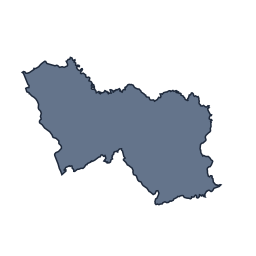 the district of Shwebo, Sagaing, Myanmar, rotated 161°
{"feature_id": "60261553B74508542584232", "entity_name": "Shwebo", "entity_type": "district", "adm_level": 2, "iso_a3": "MMR", "parent_name": "Myanmar", "parent_adm1": "Sagaing", "projection": "natural_earth1", "projection_center": [95.37, 22.738], "detail": "fine", "context": "isolated", "style": "filled", "palette": "slate", "viewbox_px": 256, "rotation_deg": 161, "n_neighbors": 0, "source": "geoboundaries", "source_scale": "gbopen_adm2", "svg_char_len": 5860}
<svg xmlns="http://www.w3.org/2000/svg" viewBox="0 0 256 256"><g transform="rotate(161 128 128)"><path d="M205.7,105.4L200.7,107.5L200.4,108.6L202.0,108.8L201.7,109.5L201.1,109.5L199.8,110.9L195.7,111.3L195.3,110.5L194.3,110.7L193.4,110.3L193.8,108.0L193.1,107.0L193.0,105.8L193.4,104.7L192.5,104.3L189.4,105.4L187.6,105.0L185.7,105.2L183.7,104.5L181.8,105.3L180.2,106.7L179.6,106.9L178.7,106.7L178.0,107.6L174.4,107.9L174.2,108.4L173.2,108.2L173.0,108.6L172.1,108.1L169.9,108.4L165.1,110.0L163.7,109.8L162.3,111.2L161.8,111.2L161.0,110.8L160.2,109.1L159.8,109.0L158.7,109.5L158.6,109.1L158.8,106.5L161.6,104.6L161.2,104.2L160.4,104.4L160.5,104.1L159.8,103.0L159.0,102.9L159.2,102.1L158.5,102.1L158.6,101.6L157.1,101.2L155.7,101.5L154.3,103.6L152.7,103.8L152.7,105.6L151.9,106.4L151.9,107.0L150.0,108.0L149.9,108.7L149.3,109.1L149.3,109.6L148.0,110.0L146.8,109.5L146.0,109.8L145.7,108.7L145.4,108.7L145.3,109.5L143.5,110.7L142.5,110.9L140.9,110.5L141.2,109.8L141.2,109.0L140.7,108.2L141.2,102.5L140.5,100.5L142.5,99.9L142.7,99.1L141.2,96.2L140.6,93.2L139.8,92.7L137.2,88.7L137.0,85.8L137.7,84.9L137.9,82.2L136.1,80.6L135.7,79.8L135.7,75.7L134.9,73.9L133.6,73.1L133.2,72.5L132.9,69.9L132.4,68.6L129.7,64.9L128.7,61.1L127.8,60.3L125.8,56.9L123.8,57.1L121.7,59.3L120.2,59.0L120.0,56.4L120.9,55.0L123.5,52.2L125.0,51.9L126.6,49.4L126.5,48.7L126.9,48.1L126.8,47.4L126.4,46.5L124.9,46.5L123.7,45.4L122.5,45.6L120.3,45.1L119.3,46.0L117.1,46.2L115.7,44.8L114.0,44.5L111.9,45.3L111.1,44.7L108.8,44.9L107.9,45.9L104.3,46.4L103.2,47.1L101.9,46.4L100.7,46.8L98.9,46.6L97.9,46.1L97.4,44.1L95.1,42.5L93.4,41.8L92.0,40.7L91.0,40.9L90.3,42.2L89.7,41.7L88.1,41.3L86.5,42.4L85.8,42.5L85.3,41.3L85.8,40.0L85.2,39.3L84.6,39.1L83.0,39.8L82.1,41.7L81.7,41.5L81.5,40.6L80.9,40.3L80.7,39.8L80.1,39.7L79.6,40.5L78.9,40.3L78.6,39.8L78.6,38.5L77.5,37.8L77.6,38.4L77.0,39.6L77.0,40.3L74.3,42.6L73.6,42.5L72.6,42.9L71.5,42.7L70.2,40.9L69.4,40.8L67.7,41.7L66.4,43.0L60.9,43.0L58.7,44.0L59.3,44.4L60.5,44.3L62.3,44.7L62.4,45.3L63.6,45.8L64.9,49.1L64.2,52.5L64.9,53.6L64.3,54.4L64.3,55.5L65.4,56.0L66.8,55.3L67.7,56.3L67.5,59.7L66.8,61.7L66.6,63.3L65.7,64.4L64.2,65.0L63.0,64.7L61.2,66.0L58.8,68.8L58.8,69.6L59.8,70.8L60.2,72.8L61.3,74.9L63.7,75.7L65.4,77.4L66.4,77.1L67.1,80.8L67.0,81.8L66.6,82.6L66.8,83.1L66.5,83.6L66.7,84.7L64.8,88.8L63.2,89.6L62.0,89.4L58.6,90.8L58.1,91.5L58.0,93.8L57.5,94.9L56.6,95.7L53.2,97.3L52.2,97.5L50.9,98.4L50.3,100.8L49.0,102.4L48.0,106.0L47.5,106.2L47.7,107.5L46.2,107.8L46.3,108.8L47.3,109.1L48.2,110.2L47.9,111.1L46.9,112.5L46.2,112.8L45.2,112.6L44.7,113.2L45.7,113.9L46.0,114.9L46.6,118.9L46.2,120.5L44.9,120.8L45.1,121.0L45.0,121.4L44.1,122.5L45.1,123.0L46.6,122.3L47.3,122.4L48.2,123.1L49.2,124.8L50.7,124.6L52.1,125.4L51.9,126.1L52.7,127.5L52.7,128.8L51.9,130.1L51.7,132.4L51.3,133.0L51.5,134.9L52.4,134.9L53.7,136.4L54.9,136.3L55.3,137.3L55.2,139.0L55.7,140.2L56.6,140.5L58.1,139.0L59.3,139.3L61.2,136.6L61.8,136.5L62.3,135.8L62.4,134.6L63.0,134.7L64.6,136.4L64.7,138.4L65.3,139.0L65.3,140.1L67.2,141.9L66.7,143.1L67.0,143.7L68.5,144.2L68.4,145.6L68.6,145.8L69.9,145.2L70.9,146.0L70.6,146.4L69.6,146.4L69.5,146.8L70.3,147.7L72.7,147.7L73.3,148.9L75.7,148.6L76.0,149.5L76.5,149.7L77.6,149.8L79.5,149.3L79.9,149.6L82.8,149.8L84.5,148.8L85.0,149.3L86.6,149.7L86.5,147.4L87.3,146.3L87.6,146.6L88.6,146.5L89.0,147.0L91.0,145.4L94.2,144.7L94.6,146.2L97.3,146.9L97.9,147.5L98.2,148.5L98.1,150.1L100.4,151.4L100.6,151.8L100.6,153.3L101.5,154.2L101.7,155.0L103.7,157.5L103.8,158.9L104.9,161.3L106.0,161.6L108.1,163.5L108.9,165.0L109.1,166.7L110.9,168.2L111.7,168.2L112.7,168.9L114.1,168.9L116.3,167.4L117.0,167.2L117.2,167.5L117.7,167.3L117.9,165.5L118.4,165.1L119.0,165.8L120.3,165.6L121.9,163.8L122.4,164.3L122.6,165.1L123.0,165.1L123.0,165.6L123.6,165.7L123.5,166.2L122.9,166.4L123.3,168.0L126.0,167.6L126.8,168.2L127.7,167.4L128.6,167.8L129.9,166.7L130.3,166.7L130.2,168.3L131.7,169.8L132.6,169.9L132.6,166.5L134.3,167.0L135.4,166.8L135.4,167.4L135.1,167.8L135.8,168.1L135.9,168.5L135.6,168.8L136.4,169.2L136.3,169.6L137.1,169.8L137.3,170.6L137.7,170.9L139.1,169.7L140.3,169.6L141.2,169.8L142.4,169.6L142.2,170.7L142.8,171.0L143.0,170.8L142.7,169.9L143.0,169.4L143.8,170.1L143.4,170.6L143.7,172.0L146.5,171.6L146.3,173.8L146.8,174.6L146.7,175.3L149.2,176.3L149.7,177.1L149.6,177.7L148.6,178.3L147.9,178.2L146.8,176.9L146.4,177.8L146.4,180.1L147.8,180.5L148.6,179.7L148.9,179.8L148.7,180.3L147.2,181.8L147.6,182.3L147.6,183.4L148.0,184.1L149.6,185.4L148.1,187.1L147.9,188.0L148.6,188.9L150.0,189.0L151.0,189.6L151.1,191.0L150.7,191.8L152.4,194.4L154.6,194.6L155.0,195.2L154.6,196.1L153.9,196.9L153.1,197.1L152.0,198.2L152.0,199.0L152.6,199.2L154.9,198.0L156.0,198.8L156.9,201.0L156.9,201.9L156.2,202.8L155.4,202.3L154.6,202.4L154.1,201.9L153.7,202.4L154.0,203.2L155.0,203.8L156.7,203.9L157.1,204.4L156.3,206.5L157.5,208.0L156.2,208.9L156.0,209.8L157.7,209.7L158.1,210.0L158.2,212.5L159.5,213.5L160.7,212.0L162.3,212.3L163.8,211.2L164.7,211.2L164.3,208.5L164.6,207.1L165.1,206.5L168.6,206.1L170.3,207.4L173.0,207.6L173.9,209.5L174.8,210.5L176.8,210.6L183.7,215.4L184.2,217.8L185.1,218.2L189.1,216.9L191.6,215.6L192.0,215.1L195.7,214.3L197.6,214.9L197.7,214.0L203.2,212.5L205.6,212.6L206.8,213.1L207.2,214.6L208.3,215.4L209.9,215.0L209.2,214.0L209.0,213.1L208.4,201.8L207.7,200.5L208.6,198.5L209.9,199.0L211.8,198.8L211.9,195.2L210.1,193.6L210.2,192.6L209.8,192.5L208.6,189.8L206.9,187.7L205.7,185.5L205.0,182.9L204.8,179.6L206.3,176.2L206.3,174.9L205.2,172.4L205.2,170.1L207.1,167.3L207.0,165.9L207.3,164.6L208.1,164.4L209.5,163.3L209.9,161.7L208.1,159.1L206.9,155.2L203.2,149.9L202.1,146.3L202.0,143.9L201.8,143.4L199.4,141.7L197.6,138.4L198.4,135.7L197.5,134.1L197.0,132.3L197.6,130.4L201.4,128.4L204.2,128.2L205.7,127.3L206.0,126.8L206.2,125.7L205.8,117.0L206.1,112.1L205.7,109.0L205.7,105.4Z" fill="#64748b" stroke="#1e293b" stroke-width="1.5"/></g></svg>